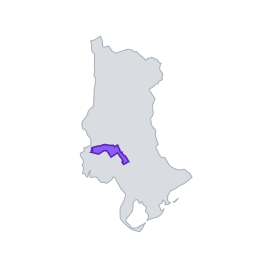 location of S.A. Nyyazow, Tashauz, Turkmenistan, rotated 237°
{"feature_id": "10190150B78263811448824", "entity_name": "S.A. Nyyazow", "entity_type": "district", "adm_level": 2, "iso_a3": "TKM", "parent_name": "Turkmenistan", "parent_adm1": "Tashauz", "projection": "natural_earth1", "projection_center": [58.86, 40.837], "detail": "fine", "context": "in_parent", "style": "filled", "palette": "violet", "viewbox_px": 256, "rotation_deg": 237, "n_neighbors": 0, "source": "geoboundaries", "source_scale": "gbopen_adm2", "svg_char_len": 4840}
<svg xmlns="http://www.w3.org/2000/svg" viewBox="0 0 256 256"><g transform="rotate(237 128 128)"><path d="M80.1,89.0L90.6,89.6L93.8,90.0L95.1,88.5L95.0,88.2L94.6,87.9L93.8,86.9L93.1,80.2L94.1,79.2L95.1,78.5L96.6,76.4L97.4,75.8L98.6,75.3L102.6,75.1L104.3,74.7L105.7,72.3L106.0,70.9L107.1,69.8L107.7,69.8L110.4,70.8L111.0,71.3L111.9,73.0L112.9,72.9L113.1,72.6L112.9,72.2L112.2,71.1L110.5,69.2L108.8,67.9L108.7,67.5L110.1,66.5L113.0,66.9L113.7,66.6L114.4,65.0L118.2,68.6L118.9,68.9L121.9,69.4L122.4,69.9L123.4,72.0L124.4,72.5L125.7,72.9L131.0,73.0L132.7,74.3L132.9,74.7L132.6,75.7L132.5,77.5L132.1,78.3L132.4,78.6L134.3,79.4L135.4,80.6L135.5,81.1L135.2,81.4L134.3,81.2L133.9,81.8L133.9,82.8L134.5,83.7L134.7,84.5L133.8,86.5L133.8,87.3L134.1,87.7L138.9,90.7L139.7,90.8L144.3,90.2L145.2,90.5L149.2,91.2L150.4,91.1L151.1,90.2L151.9,89.8L152.6,89.8L154.5,90.4L156.6,91.6L157.9,92.8L158.6,93.8L160.5,99.5L161.8,101.9L163.2,103.1L164.3,105.4L165.2,110.2L165.8,111.2L168.0,113.2L179.4,121.1L182.9,124.7L188.3,128.2L190.2,127.8L194.4,131.4L197.1,132.8L200.5,135.0L207.8,140.0L209.3,140.2L211.0,139.5L212.5,139.9L215.2,141.2L218.2,143.1L220.6,143.8L221.4,144.6L221.4,145.1L220.1,147.5L220.0,150.6L220.2,154.8L219.6,154.8L214.7,153.7L210.0,151.1L209.0,151.9L208.4,152.8L207.4,156.4L201.1,156.6L197.5,158.4L194.4,170.1L193.7,171.5L191.7,173.4L188.1,175.3L187.6,176.1L187.5,176.8L187.1,177.0L185.1,177.0L177.6,179.5L175.9,179.5L175.3,179.7L175.0,180.2L175.9,182.5L175.2,183.2L174.7,184.4L174.4,186.4L169.5,189.6L168.4,189.9L166.4,189.6L165.4,190.0L164.4,191.0L163.9,190.7L163.6,189.7L163.1,189.0L160.0,186.4L156.4,186.8L155.1,186.6L154.0,186.2L152.4,184.7L151.3,183.3L150.2,183.5L149.9,182.8L149.9,182.1L150.2,181.1L150.1,179.4L149.4,178.1L148.7,177.6L149.5,175.5L149.5,174.0L149.0,172.4L148.8,170.0L148.9,167.7L148.2,166.5L137.8,166.6L134.0,161.2L132.5,159.9L127.3,157.6L125.9,156.4L124.7,155.0L124.4,153.2L123.8,152.1L123.0,151.9L119.0,149.8L117.4,149.2L115.2,149.7L113.8,149.1L112.3,150.0L111.6,150.0L110.0,149.5L107.9,147.6L106.2,146.8L102.6,145.5L100.1,145.2L97.9,144.4L97.7,144.1L97.6,142.5L97.3,141.8L96.7,141.0L95.8,140.4L92.0,140.4L90.2,139.8L88.8,139.7L85.8,139.8L84.8,140.3L84.2,140.8L83.8,142.4L83.5,142.6L80.6,142.7L74.3,142.3L71.6,143.1L67.5,145.6L65.2,147.7L64.5,148.6L63.1,152.2L62.4,152.8L61.6,153.2L60.8,153.3L57.1,154.7L55.6,155.0L51.9,154.9L51.1,149.4L50.9,145.2L51.4,139.2L51.3,135.4L52.0,129.6L51.8,128.2L49.9,125.7L49.7,123.9L48.5,123.8L46.7,122.3L44.8,121.7L43.9,121.7L43.1,122.1L42.4,123.0L42.0,121.6L42.1,120.2L43.6,117.3L44.5,118.2L45.6,118.5L48.4,118.3L48.2,117.3L46.7,116.3L46.5,115.0L46.6,113.6L47.0,112.3L46.6,111.8L45.9,111.5L44.4,111.5L40.4,111.0L39.9,112.6L41.0,114.6L39.2,112.3L38.0,109.9L37.3,107.2L37.2,104.2L38.9,99.5L40.2,93.7L41.7,96.1L42.8,97.2L45.2,97.9L46.4,97.7L47.7,97.1L49.0,97.3L50.9,99.8L52.3,100.1L55.2,99.2L56.5,98.9L57.7,99.4L59.0,99.4L58.4,98.2L58.2,97.1L59.0,96.4L61.2,97.1L63.1,96.4L63.4,96.1L63.6,95.1L63.3,93.1L62.9,92.3L61.9,91.1L57.9,88.3L56.6,87.2L55.5,85.8L53.7,80.0L52.4,76.3L51.9,75.9L49.5,75.6L45.0,76.5L43.5,76.3L42.7,76.7L40.9,78.2L40.0,79.6L38.8,82.6L39.6,83.6L38.8,88.7L39.2,90.9L39.0,91.0L37.8,88.3L36.0,85.6L34.6,81.5L37.3,78.8L39.6,76.8L42.1,75.4L44.6,74.4L50.4,72.9L53.5,72.4L56.1,72.3L58.0,73.2L63.3,76.5L65.5,78.4L66.2,79.2L66.8,81.0L70.6,86.8L71.5,87.6L73.0,89.4L74.4,90.0L80.1,89.0ZM41.7,130.7L41.5,131.4L40.8,129.1L40.5,126.5L41.0,125.8L41.5,125.8L41.0,126.8L41.7,130.7Z" fill="#d9dde1" stroke="#a8b0b8" stroke-width="1"/><path d="M99.3,110.3L100.7,110.4L101.6,110.4L104.6,110.6L104.9,110.5L104.9,110.3L105.6,110.3L106.0,110.4L106.8,110.1L107.1,110.0L107.2,109.9L107.3,109.9L107.5,109.8L107.9,109.7L108.7,109.4L109.9,109.4L110.6,109.6L111.1,109.8L111.2,109.4L111.3,109.2L111.3,108.9L111.5,108.8L111.9,108.6L112.1,108.6L112.5,108.5L113.1,108.8L114.0,109.3L114.8,109.1L115.1,109.2L115.5,109.4L116.3,109.5L117.2,109.6L118.5,109.8L119.1,110.1L119.4,110.0L119.5,109.8L119.5,108.9L119.5,108.5L119.6,107.2L119.6,106.3L121.5,106.3L122.5,104.6L122.9,103.9L123.3,103.2L123.7,103.0L123.9,102.9L124.0,102.6L126.2,100.2L126.3,100.1L126.9,99.5L127.0,99.3L127.8,96.6L127.9,95.3L128.5,94.4L129.2,92.9L129.9,91.0L130.4,89.8L130.5,88.7L131.0,87.5L131.0,86.9L131.0,86.5L130.8,86.5L130.8,86.4L130.7,86.4L130.6,86.5L130.4,86.6L130.1,86.8L129.7,86.7L129.6,86.1L129.3,86.1L129.2,85.1L128.8,85.2L128.8,85.3L128.5,85.3L128.2,85.4L128.1,85.5L128.0,85.3L127.9,85.3L127.9,85.2L127.9,84.7L127.9,84.3L127.9,83.9L127.9,83.7L122.9,88.4L122.1,89.2L122.1,90.8L122.1,94.0L122.1,95.4L120.5,97.9L114.9,97.9L112.8,97.9L112.8,103.9L112.9,105.7L110.8,105.9L109.2,105.7L109.2,105.8L107.3,105.9L107.2,105.9L107.0,106.0L104.2,106.0L104.1,105.8L102.6,105.8L102.6,105.4L102.7,104.4L101.5,104.4L99.8,104.5L99.8,106.1L99.6,106.4L99.6,109.8L99.3,110.3L99.3,110.3Z" fill="#8b5cf6" stroke="#5b21b6" stroke-width="1.5"/></g></svg>